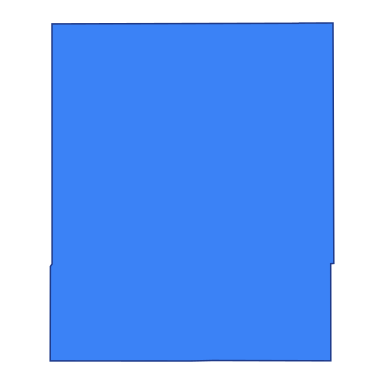 the district of Bent, Colorado, United States of America
{"feature_id": "52423323B38382285790282", "entity_name": "Bent", "entity_type": "district", "adm_level": 2, "iso_a3": "USA", "parent_name": "United States of America", "parent_adm1": "Colorado", "projection": "mercator", "projection_center": [-103.006, 37.955], "detail": "fine", "context": "isolated", "style": "filled", "palette": "blue", "viewbox_px": 384, "rotation_deg": 0, "n_neighbors": 0, "source": "geoboundaries", "source_scale": "gbopen_adm2", "svg_char_len": 279}
<svg xmlns="http://www.w3.org/2000/svg" viewBox="0 0 384 384"><path d="M333.0,23.0L299.1,23.1L298.6,23.3L52.0,23.9L52.1,264.0L50.4,266.4L50.2,360.9L190.5,361.0L212.7,360.5L330.8,360.8L330.7,263.7L333.8,263.4L333.0,23.0Z" fill="#3b82f6" stroke="#1e3a8a" stroke-width="1.5"/></svg>